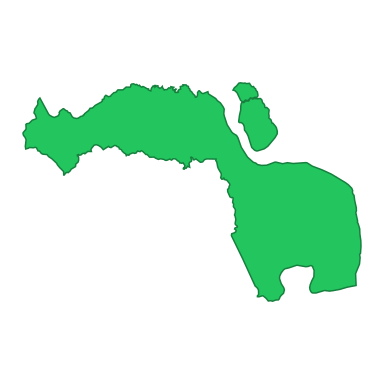 Amapá, Amapá, Brazil (Robinson projection)
{"feature_id": "56859067B97677328674999", "entity_name": "Amapá", "entity_type": "district", "adm_level": 2, "iso_a3": "BRA", "parent_name": "Brazil", "parent_adm1": "Amapá", "projection": "robinson", "projection_center": [-50.772, 1.676], "detail": "fine", "context": "isolated", "style": "filled", "palette": "green", "viewbox_px": 384, "rotation_deg": 0, "n_neighbors": 0, "source": "geoboundaries", "source_scale": "gbopen_adm2", "svg_char_len": 5905}
<svg xmlns="http://www.w3.org/2000/svg" viewBox="0 0 384 384"><path d="M207.9,91.7L203.1,93.6L201.6,93.1L199.4,90.8L198.5,91.0L197.5,92.7L197.6,94.6L197.1,96.2L196.7,96.9L195.3,97.2L194.9,95.6L193.0,93.8L191.6,91.7L190.2,90.7L189.8,89.1L188.6,88.0L188.4,86.4L186.7,85.8L186.3,85.0L185.6,84.9L183.0,84.8L183.3,85.7L180.3,86.6L180.6,89.1L179.2,89.5L178.2,90.5L178.0,91.4L178.4,92.0L177.8,92.5L177.1,92.2L176.4,92.5L175.8,92.1L175.3,92.4L174.6,91.7L174.8,91.0L176.2,89.2L175.6,89.0L173.8,90.1L173.1,90.1L172.7,88.5L173.8,87.3L170.9,86.7L171.0,87.8L170.3,88.1L168.8,87.8L166.9,89.6L164.9,89.6L164.3,90.0L162.8,88.2L162.3,86.4L161.1,87.8L159.8,88.3L158.0,87.1L158.0,85.9L157.1,85.7L155.1,87.0L155.4,85.5L154.6,85.5L153.6,86.4L153.1,86.0L151.4,88.2L150.8,90.9L148.4,89.9L148.5,88.9L147.1,88.7L143.4,86.6L142.5,86.6L141.9,87.2L141.2,87.0L139.3,85.2L138.8,85.7L138.1,85.6L136.7,84.4L135.7,84.8L133.6,83.8L131.5,84.1L130.9,84.7L130.7,86.3L130.1,87.2L126.1,87.1L122.9,89.9L117.9,89.9L115.8,92.3L113.8,92.7L111.1,95.2L110.7,96.1L108.5,96.7L105.9,95.3L104.6,96.5L103.8,99.2L102.4,99.4L102.2,100.2L102.5,100.8L101.5,101.9L95.2,105.4L92.5,108.0L90.0,108.3L88.7,110.4L84.6,113.7L84.0,114.9L83.4,114.9L82.7,116.1L81.0,116.3L78.3,118.1L76.8,118.5L73.6,117.9L72.1,116.6L70.1,112.9L68.2,112.4L67.2,110.9L65.7,110.4L63.7,108.7L63.0,108.8L60.0,111.0L59.1,112.6L59.4,113.5L59.2,114.3L57.9,116.0L54.3,117.4L52.4,116.8L49.4,115.1L48.6,114.1L39.9,98.0L38.8,99.1L37.9,100.8L37.6,101.8L37.9,103.2L37.5,105.2L36.5,106.3L35.9,107.7L35.1,108.4L34.0,112.4L34.1,113.2L35.2,114.4L36.5,118.2L35.7,119.0L32.3,120.1L29.1,123.3L26.7,123.7L25.9,124.4L26.1,128.4L25.8,129.5L23.2,132.5L23.0,133.7L23.5,135.4L25.1,137.4L26.1,139.8L25.3,146.3L25.7,149.0L28.5,148.2L29.4,147.5L33.3,147.8L35.5,147.3L36.5,147.9L38.0,150.9L39.5,151.1L41.4,153.5L42.9,154.2L47.1,154.6L48.6,156.6L51.8,158.7L56.7,163.3L57.3,164.7L59.6,167.5L63.2,171.1L63.6,171.7L63.7,175.0L64.3,175.0L65.5,173.2L67.0,172.3L68.1,172.7L70.0,171.1L71.3,169.1L75.5,166.6L75.8,164.1L78.1,162.1L78.7,160.0L78.6,157.1L78.1,156.2L77.3,155.8L77.4,154.9L78.5,154.5L79.1,155.1L79.8,155.2L81.4,154.7L82.3,153.6L84.2,153.2L84.9,153.8L87.7,151.5L91.4,151.5L90.9,149.7L91.8,148.0L94.1,145.2L96.2,144.7L98.4,145.4L101.3,147.3L103.3,149.7L108.6,146.3L109.4,147.2L111.0,147.6L114.4,145.5L116.3,145.7L117.2,146.7L118.5,146.9L119.1,147.8L119.2,148.8L121.4,149.7L122.3,151.3L124.5,153.3L125.6,153.7L126.3,155.7L127.7,154.7L128.6,155.2L129.2,155.0L129.4,154.3L133.0,152.8L134.4,153.4L136.1,153.0L137.5,151.1L140.1,151.7L141.3,150.7L142.7,151.4L145.9,154.5L147.2,154.5L149.6,157.2L154.3,157.1L155.4,158.1L158.4,159.4L160.4,158.8L163.9,159.4L165.3,160.3L166.9,160.3L169.9,159.0L171.3,160.1L172.5,159.5L172.8,158.8L175.0,158.8L176.2,159.4L177.5,160.8L178.7,161.2L180.0,163.1L180.6,162.9L181.8,163.3L183.1,162.8L184.9,165.6L184.2,168.0L183.6,167.8L183.3,168.4L183.4,169.0L184.2,169.2L185.5,168.0L186.2,168.2L187.6,166.3L189.7,167.2L189.0,163.5L189.8,162.1L191.4,161.4L191.6,159.8L190.7,157.4L191.5,157.1L192.7,157.9L193.4,159.8L194.0,159.9L195.9,158.9L200.4,162.3L202.7,161.9L204.4,159.7L206.7,158.9L216.1,159.1L215.8,160.6L216.8,162.1L217.6,166.6L218.4,168.8L221.1,173.3L221.3,175.0L220.7,177.8L221.8,179.2L222.7,179.1L223.3,178.2L224.1,178.3L224.3,179.5L226.8,180.2L229.6,183.7L229.9,184.8L229.1,186.4L228.8,188.3L227.6,189.4L227.7,191.7L230.0,196.9L231.6,197.7L232.6,197.5L233.2,198.2L232.6,202.5L233.6,203.9L233.4,206.7L235.0,208.9L235.4,210.2L235.2,212.9L234.5,215.0L235.2,216.4L235.8,219.6L235.1,223.4L235.4,224.6L237.4,226.3L237.3,227.1L235.0,228.0L234.6,229.0L236.1,230.2L235.9,231.7L234.2,232.9L231.7,233.7L231.4,235.6L242.8,259.0L255.2,286.1L256.8,287.4L258.0,289.0L258.5,290.3L258.6,294.5L257.4,295.9L257.4,296.7L259.0,296.8L262.3,295.8L263.2,295.9L266.2,298.4L268.3,301.0L270.6,300.7L272.7,301.2L275.8,300.0L278.4,299.9L279.3,298.9L280.0,297.0L281.2,295.4L283.5,293.3L284.4,289.9L283.8,287.8L281.2,283.6L279.5,278.5L279.7,276.1L281.2,272.9L283.4,270.0L284.8,268.8L288.8,267.9L296.9,265.2L305.7,266.7L308.0,266.5L310.4,265.6L311.4,265.7L312.5,266.4L314.1,270.5L313.9,276.7L311.8,280.8L310.2,284.8L309.7,287.5L310.0,289.7L310.8,291.5L311.9,292.7L312.8,293.0L316.0,293.0L324.5,290.5L329.5,291.1L333.3,290.6L339.8,289.4L347.2,287.2L356.1,285.5L355.6,273.6L359.5,264.1L360.1,257.7L359.6,254.4L360.5,253.4L361.0,246.2L360.8,240.4L359.9,234.1L359.7,228.7L358.0,223.2L357.4,222.6L357.6,220.9L355.8,212.6L356.4,210.8L356.3,207.8L354.7,200.5L354.0,195.3L352.8,193.8L352.4,191.9L352.7,190.7L351.8,188.3L348.3,184.7L345.4,182.6L331.3,174.1L322.2,169.9L312.4,166.2L307.2,162.9L306.0,162.6L293.1,163.5L287.4,162.7L282.6,163.7L275.9,162.1L274.7,162.2L266.7,165.2L261.6,165.4L257.6,164.6L255.8,163.1L253.2,162.2L247.5,157.1L241.3,147.3L237.9,137.6L236.5,135.4L233.0,133.3L231.7,132.0L227.1,124.7L224.3,116.1L223.8,113.8L224.2,109.1L223.1,106.8L220.4,102.9L217.3,100.6L215.7,98.5L208.4,93.9L207.9,91.7ZM250.0,98.6L248.7,101.0L245.4,101.0L244.3,102.3L243.2,102.6L241.9,102.3L241.3,103.4L240.8,105.8L240.7,110.0L239.5,115.2L238.7,121.3L238.9,122.2L239.5,122.6L241.6,122.7L243.5,124.5L244.3,126.9L244.5,130.1L246.7,133.1L248.1,135.9L251.7,147.4L254.6,150.2L256.2,150.9L257.6,150.9L264.3,148.8L267.9,146.2L275.0,137.7L277.2,133.9L277.3,131.3L276.4,127.8L275.6,126.4L272.9,123.2L272.1,123.3L270.9,119.7L268.8,117.8L269.1,116.2L268.7,113.6L269.1,110.2L268.8,109.4L266.7,107.4L265.6,107.7L264.8,107.2L264.7,105.3L263.6,103.4L262.6,102.8L261.9,100.0L260.6,98.6L259.8,98.5L257.6,98.8L254.5,98.4L252.7,99.1L251.0,98.3L250.0,98.6ZM248.0,100.6L250.4,97.9L252.5,98.3L254.8,97.3L256.6,97.3L257.5,96.9L258.0,95.3L257.4,91.9L256.0,90.3L255.6,88.8L254.4,88.0L253.5,86.5L252.1,86.8L251.0,85.7L249.5,83.3L246.4,83.6L244.9,83.0L243.8,83.3L240.4,82.8L238.9,83.1L236.6,85.9L234.4,87.7L233.0,90.1L234.8,90.6L237.1,92.8L240.6,100.3L242.0,101.5L243.6,101.9L245.3,100.1L248.0,100.6Z" fill="#22c55e" stroke="#15803d" stroke-width="1.5"/></svg>